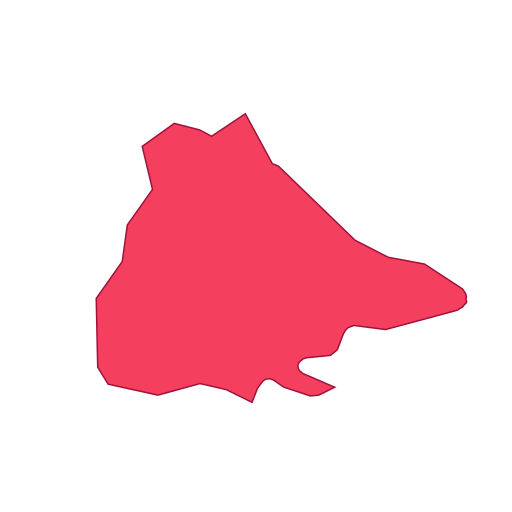 the London Borough of Bromley, rotated 161°
{"feature_id": "GBR-2063", "entity_name": "Bromley", "entity_type": "London Borough", "adm_level": 1, "iso_a3": "GBR", "parent_name": "United Kingdom", "parent_adm1": "", "projection": "natural_earth1", "projection_center": [0.01, 51.361], "detail": "fine", "context": "isolated", "style": "filled", "palette": "rose", "viewbox_px": 512, "rotation_deg": 161, "n_neighbors": 0, "source": "natural_earth", "source_scale": "10m", "svg_char_len": 1020}
<svg xmlns="http://www.w3.org/2000/svg" viewBox="0 0 512 512"><g transform="rotate(161 256 256)"><path d="M437.5,182.9L441.9,202.3L420.9,267.9L384.3,294.3L367.6,327.2L332.2,352.6L327.9,396.7L290.1,408.0L268.2,393.5L259.0,383.7L219.8,394.0L210.5,338.0L205.6,333.8L157.2,238.6L131.5,211.8L99.4,193.6L71.4,157.5L70.1,152.3L70.2,150.1L70.2,149.3L70.4,149.0L70.5,148.6L71.3,147.5L71.4,147.2L71.5,146.5L71.6,144.9L71.8,144.1L71.9,143.8L72.2,143.5L72.9,142.9L74.0,142.5L75.1,142.0L77.0,140.7L77.4,140.5L77.8,140.4L78.2,140.3L80.0,140.1L80.5,140.0L82.1,139.5L82.6,139.4L83.7,139.3L84.8,139.3L157.5,144.3L185.9,158.4L192.4,158.3L195.0,157.0L198.5,154.2L209.6,140.9L218.0,137.8L241.6,143.4L245.2,143.3L249.8,141.5L251.2,140.0L252.0,138.9L252.6,136.3L252.5,134.9L252.2,133.6L250.1,129.8L224.3,106.3L242.0,104.0L250.2,106.0L272.6,123.1L279.8,133.0L282.6,135.3L285.8,136.2L287.9,136.2L290.1,135.5L297.5,130.6L307.4,118.9L327.8,139.5L350.5,153.6L394.1,156.4L437.5,182.9Z" fill="#f43f5e" stroke="#9f1239" stroke-width="1.5"/></g></svg>